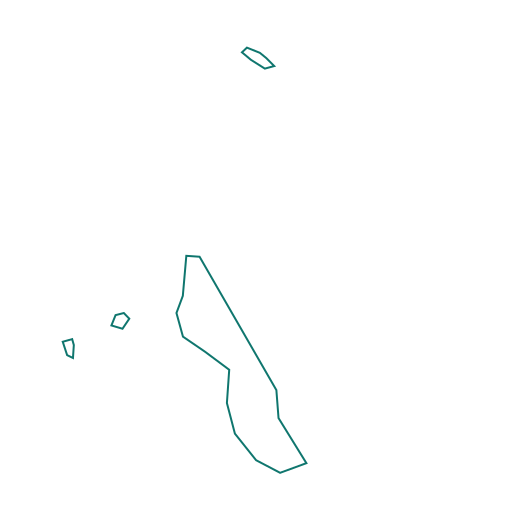 the border of Grand'Anse Praslin, rotated 26°
{"feature_id": "SYC-5211", "entity_name": "Grand'Anse Praslin", "entity_type": "state/province", "adm_level": 1, "iso_a3": "SYC", "parent_name": "Seychelles", "parent_adm1": "", "projection": "robinson", "projection_center": [55.687, -4.284], "detail": "fine", "context": "isolated", "style": "outline", "palette": "teal", "viewbox_px": 512, "rotation_deg": 26, "n_neighbors": 0, "source": "natural_earth", "source_scale": "10m", "svg_char_len": 580}
<svg xmlns="http://www.w3.org/2000/svg" viewBox="0 0 512 512"><g transform="rotate(26 256 256)"><path d="M392.1,420.1L372.7,440.3L345.6,439.5L314.9,424.9L294.3,400.9L281.8,370.0L252.2,364.4L225.7,360.5L209.5,342.1L207.7,323.9L193.3,286.4L205.6,281.4L333.1,367.6L347.3,391.8L392.1,420.1ZM170.4,71.7L178.5,73.6L189.1,77.3L181.8,83.7L165.5,81.9L154.1,79.1L156.5,72.7L170.4,71.7ZM162.2,365.2L169.6,367.9L167.9,379.9L156.5,381.8L155.7,370.7L162.2,365.2ZM127.2,411.3L131.3,415.9L136.2,427.9L129.7,427.9L119.9,417.8L127.2,411.3Z" fill="none" stroke="#0f766e" stroke-width="2"/></g></svg>